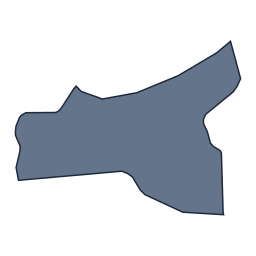 the border of Wandsworth
{"feature_id": "GBR-2079", "entity_name": "Wandsworth", "entity_type": "London Borough", "adm_level": 1, "iso_a3": "GBR", "parent_name": "United Kingdom", "parent_adm1": "", "projection": "natural_earth1", "projection_center": [-0.179, 51.455], "detail": "fine", "context": "isolated", "style": "filled", "palette": "slate", "viewbox_px": 256, "rotation_deg": 0, "n_neighbors": 0, "source": "natural_earth", "source_scale": "10m", "svg_char_len": 655}
<svg xmlns="http://www.w3.org/2000/svg" viewBox="0 0 256 256"><path d="M223.6,214.7L182.8,212.2L145.0,194.7L140.3,190.1L132.4,176.9L127.3,173.3L121.6,171.2L18.5,180.3L16.1,167.4L19.9,151.4L20.1,146.2L15.5,135.3L15.4,131.7L16.0,126.2L19.6,117.3L21.8,114.9L26.0,112.7L55.6,112.5L58.1,111.4L61.0,108.5L74.0,88.5L76.2,86.1L81.1,91.4L102.3,99.0L137.0,92.7L151.7,86.6L178.1,75.7L203.3,60.8L216.7,52.8L230.5,41.3L240.6,78.7L236.8,86.8L233.2,91.9L205.6,114.4L204.0,117.8L203.5,119.8L203.4,122.0L203.7,124.1L207.3,131.6L210.5,143.2L213.3,146.4L219.7,150.3L220.7,151.4L221.4,153.2L223.1,212.2L223.6,214.7Z" fill="#64748b" stroke="#1e293b" stroke-width="1.5"/></svg>